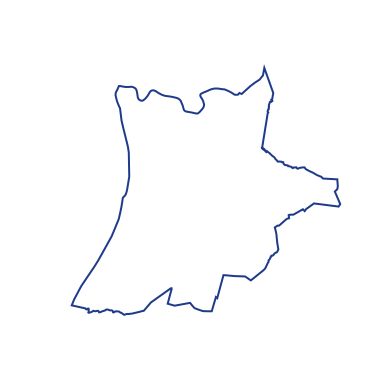 Kota Banjarmasin, Kalimantan Selatan, Indonesia (orthographic projection), rotated 346°
{"feature_id": "22746128B37126944555810", "entity_name": "Kota Banjarmasin", "entity_type": "district", "adm_level": 2, "iso_a3": "IDN", "parent_name": "Indonesia", "parent_adm1": "Kalimantan Selatan", "projection": "orthographic", "projection_center": [114.6, -3.325], "detail": "fine", "context": "isolated", "style": "outline", "palette": "blue", "viewbox_px": 384, "rotation_deg": 346, "n_neighbors": 0, "source": "geoboundaries", "source_scale": "gbopen_adm2", "svg_char_len": 5655}
<svg xmlns="http://www.w3.org/2000/svg" viewBox="0 0 384 384"><g transform="rotate(346 192 192)"><path d="M292.2,89.1L290.1,93.7L289.1,96.0L284.8,99.3L279.3,101.2L274.4,103.3L263.9,108.9L261.9,107.4L260.6,108.4L260.4,108.6L260.1,108.6L259.7,108.6L258.5,108.4L257.5,108.1L256.7,107.7L255.0,105.8L252.7,103.6L251.2,102.4L248.6,100.4L244.5,98.9L243.1,98.2L241.5,97.7L239.2,97.1L238.5,97.0L235.9,97.0L234.4,97.1L232.5,97.5L229.9,97.9L228.2,98.1L226.6,98.4L225.6,98.6L224.1,99.1L223.8,99.4L223.5,99.9L223.4,100.7L223.4,101.1L223.4,101.5L223.6,102.3L224.3,104.1L224.6,105.5L224.8,106.6L224.9,109.5L224.9,110.0L224.3,111.5L223.8,112.3L222.8,113.4L220.3,115.2L218.6,116.3L217.2,117.0L216.3,117.2L214.5,116.6L211.6,115.1L205.4,112.3L205.2,112.1L204.9,111.8L204.5,111.2L204.2,110.8L204.1,110.6L204.0,109.9L203.9,108.7L203.9,106.0L203.1,100.8L202.8,100.2L202.0,98.9L201.7,98.5L201.1,97.9L200.4,97.4L199.1,96.6L195.4,94.7L192.0,93.3L190.1,92.6L189.4,92.3L188.3,91.7L186.7,90.7L185.6,89.8L184.8,89.1L183.4,87.8L182.3,86.6L180.8,85.0L179.7,84.3L179.0,84.0L178.4,83.8L177.7,83.8L177.1,83.9L176.4,84.1L175.6,84.6L174.2,85.9L173.3,86.9L172.4,87.8L169.9,89.7L168.9,90.3L167.0,91.2L166.4,91.3L165.8,91.4L165.1,91.2L163.6,90.3L163.4,90.1L163.0,89.4L162.7,89.0L162.4,87.8L162.3,86.8L162.5,85.3L162.6,84.2L162.7,82.7L162.8,80.7L162.7,79.5L162.4,78.3L162.3,78.0L162.1,77.7L161.8,77.4L160.8,76.5L160.2,76.0L158.9,75.3L158.2,75.1L156.7,74.9L153.2,74.1L150.4,73.0L148.2,71.9L146.7,71.5L146.4,71.9L144.2,74.8L143.4,75.6L142.1,77.2L141.6,78.4L141.3,79.3L141.2,80.4L141.2,81.8L141.2,85.3L141.5,88.4L141.8,90.0L141.9,91.1L142.4,93.2L142.3,94.4L140.9,105.8L140.9,107.2L140.8,112.3L140.8,115.9L140.8,129.0L140.7,133.4L140.2,138.5L134.8,162.0L129.5,174.3L127.6,177.7L126.4,179.0L123.5,180.9L120.0,189.2L117.7,194.0L114.4,200.5L107.9,209.4L103.1,215.8L92.1,227.6L84.4,235.8L78.9,241.1L62.3,256.0L60.6,257.8L51.6,267.8L47.9,272.9L60.5,279.2L60.6,279.8L60.8,280.0L61.2,280.4L61.7,280.5L62.0,280.4L62.2,280.2L62.6,280.0L63.0,280.0L63.4,280.1L63.4,280.5L63.4,280.9L63.1,282.1L62.8,282.8L62.8,283.1L62.5,283.6L62.3,283.9L62.6,284.2L63.0,284.3L63.4,284.2L63.9,284.2L64.8,284.2L66.4,283.9L67.2,283.5L67.8,283.5L68.3,283.8L68.7,284.1L69.4,284.3L70.0,284.4L71.1,284.4L71.9,284.5L72.4,284.8L72.6,285.3L72.6,285.9L72.7,286.3L73.1,286.4L74.0,286.4L74.9,286.3L75.7,286.1L76.7,286.0L79.1,285.9L79.7,285.5L80.7,285.4L81.3,285.5L81.9,285.7L83.7,287.0L84.6,287.2L84.9,287.2L85.7,287.6L86.4,288.3L86.4,288.9L86.3,289.6L86.7,289.9L89.1,289.3L89.6,289.5L90.2,289.6L91.2,290.0L92.2,290.3L92.7,290.8L93.3,291.7L94.1,292.1L95.6,293.7L96.2,294.6L97.0,294.8L98.6,294.6L99.5,294.6L100.1,294.9L100.9,295.0L102.4,295.2L104.6,295.5L107.5,295.5L111.7,295.6L114.3,295.5L116.5,295.6L125.5,289.2L148.2,280.3L148.9,280.5L148.6,281.6L146.7,284.9L145.2,287.6L141.4,294.5L147.6,298.1L163.3,299.1L164.8,302.3L166.4,305.3L170.1,307.9L173.6,310.1L175.3,310.7L182.3,312.5L189.8,299.7L190.8,301.1L202.4,280.3L205.3,281.2L212.7,283.8L223.1,286.8L227.7,292.0L233.2,289.5L242.8,285.0L244.7,283.7L247.4,280.4L248.2,279.4L249.3,278.4L249.3,278.2L249.5,277.9L249.5,277.7L249.6,277.3L249.7,277.0L249.8,276.8L250.0,276.7L250.6,276.4L250.9,276.2L251.6,275.4L251.7,275.2L251.9,275.0L252.0,274.9L252.4,274.6L252.4,274.4L252.5,274.4L252.8,274.2L253.0,273.9L253.2,273.6L253.4,273.3L253.6,273.0L254.1,273.1L254.4,273.3L254.7,273.2L254.9,273.1L255.4,273.0L255.5,272.9L255.8,272.8L255.9,272.7L256.0,272.7L256.5,272.2L256.8,271.9L257.2,271.7L257.4,271.5L257.9,271.4L258.3,271.3L258.4,271.2L258.6,271.2L258.9,271.0L259.9,271.0L261.9,268.6L262.4,262.2L262.6,260.7L263.7,253.3L263.8,250.5L263.8,249.0L263.8,246.4L266.9,245.3L268.1,245.7L269.3,245.2L277.2,241.1L278.9,240.9L279.8,241.0L280.0,239.6L280.2,237.8L280.5,237.7L281.2,237.7L282.5,238.0L283.4,238.1L283.9,238.3L284.3,238.4L285.0,238.5L293.2,236.2L295.0,235.7L295.1,235.9L295.5,235.7L295.9,236.4L296.7,237.8L297.4,237.3L298.3,236.4L298.8,236.1L307.6,232.6L330.7,241.6L332.9,239.6L330.7,226.1L333.7,224.4L334.9,221.6L335.9,215.5L336.1,214.9L322.3,210.6L321.2,208.6L317.6,206.0L316.1,204.6L314.6,203.1L313.8,202.3L311.4,200.5L307.8,197.2L307.5,196.1L307.3,195.6L306.9,195.2L303.4,194.7L303.1,194.7L302.7,194.7L301.8,194.7L300.7,195.0L300.0,194.9L299.6,194.4L299.1,193.2L298.2,193.2L297.6,193.1L297.1,192.9L296.3,192.7L296.1,192.7L296.1,192.9L295.9,192.9L295.6,193.2L294.9,192.6L294.6,191.9L294.4,191.6L292.7,190.6L291.5,190.2L291.4,189.4L290.5,189.0L290.2,188.8L289.6,188.6L289.2,188.6L288.7,188.3L287.7,186.8L287.7,186.0L287.7,185.6L287.8,185.2L287.5,185.0L286.9,185.1L286.6,185.0L286.3,184.6L286.2,184.3L285.9,184.1L285.6,184.1L284.7,183.8L284.0,183.5L282.9,183.4L282.4,183.0L282.1,182.0L281.0,180.3L280.5,178.9L280.3,178.3L279.9,177.7L278.7,176.5L278.0,175.2L277.0,173.8L276.8,173.2L276.5,172.9L275.4,171.6L274.9,170.9L274.8,171.1L274.5,171.0L274.3,170.9L274.2,171.0L273.8,171.3L273.7,171.2L273.6,170.8L273.2,170.4L273.3,170.1L273.3,169.6L272.9,169.5L272.3,169.0L272.3,168.5L272.3,168.4L272.6,168.1L272.5,167.9L272.3,167.7L272.1,167.8L271.8,168.2L271.7,168.1L271.5,167.9L271.2,167.7L271.1,167.4L271.0,167.1L271.2,166.9L271.4,166.8L271.5,166.9L271.6,166.7L271.3,166.3L270.8,166.5L270.5,166.5L270.4,166.1L270.7,165.7L271.0,165.5L284.5,133.9L285.2,133.2L284.9,132.9L284.8,132.4L285.1,131.7L285.7,130.6L286.3,130.4L286.5,130.2L286.5,129.7L286.9,129.2L287.0,128.9L286.9,128.6L287.1,128.2L287.3,128.1L287.4,127.9L287.3,127.4L287.3,127.2L287.5,126.8L287.6,126.2L287.9,125.9L288.3,125.4L288.6,124.7L288.8,124.6L289.2,123.7L289.5,123.4L290.0,123.2L290.6,123.1L290.8,123.6L292.0,123.1L291.6,121.9L291.9,122.0L293.1,119.4L294.8,115.6L292.2,89.1Z" fill="none" stroke="#1e3a8a" stroke-width="2"/></g></svg>